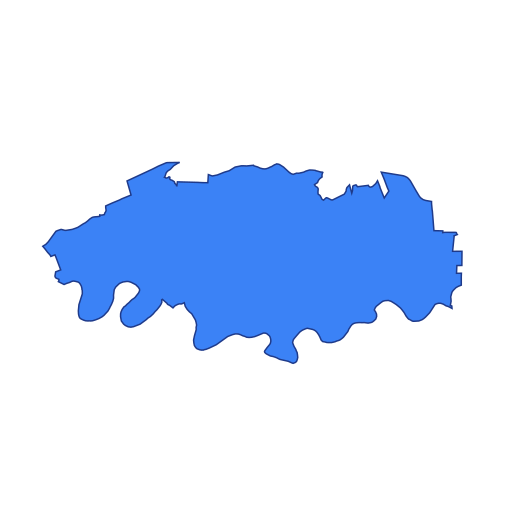 outline of Culciu, Satu Mare, Romania, rotated 159°
{"feature_id": "2599482B46211160445455", "entity_name": "Culciu", "entity_type": "district", "adm_level": 2, "iso_a3": "ROU", "parent_name": "Romania", "parent_adm1": "Satu Mare", "projection": "equal_earth", "projection_center": [23.072, 47.736], "detail": "fine", "context": "isolated", "style": "filled", "palette": "blue", "viewbox_px": 512, "rotation_deg": 159, "n_neighbors": 0, "source": "geoboundaries", "source_scale": "gbopen_adm2", "svg_char_len": 6119}
<svg xmlns="http://www.w3.org/2000/svg" viewBox="0 0 512 512"><g transform="rotate(159 256 256)"><path d="M306.6,375.2L314.9,374.9L321.8,374.2L349.5,372.3L350.8,357.7L360.6,357.5L363.4,357.2L371.5,357.0L378.4,356.6L378.7,355.7L378.9,355.3L379.6,352.3L380.6,351.1L381.9,350.2L382.7,349.0L385.2,349.4L386.6,350.0L387.1,350.4L387.4,350.0L387.6,349.0L387.9,349.0L392.4,350.3L394.2,350.7L395.3,350.7L397.9,350.1L400.7,349.0L403.4,348.2L405.9,347.9L412.1,346.6L414.8,346.6L418.0,346.7L424.2,348.0L425.2,348.4L428.1,350.5L428.6,350.7L432.7,350.9L433.5,350.7L433.9,350.8L445.0,343.6L448.0,342.2L451.6,341.5L450.6,338.7L449.2,334.0L448.2,331.5L447.8,330.3L447.7,329.1L443.3,329.1L443.2,326.6L443.3,313.0L448.7,313.0L450.8,309.5L451.0,308.7L450.9,307.8L450.5,306.9L448.4,304.9L448.4,304.7L448.7,304.1L449.0,303.5L449.7,302.9L445.4,298.2L442.4,298.3L439.7,298.1L436.8,298.3L435.3,298.0L433.9,297.2L431.5,295.5L430.7,294.5L430.3,293.4L429.9,291.0L429.9,290.1L430.2,287.9L430.5,287.1L430.5,286.2L431.7,282.9L438.7,274.1L441.5,268.5L442.5,265.4L442.8,263.4L442.8,261.8L442.4,260.6L441.5,259.5L439.8,257.8L438.3,256.6L436.4,255.7L434.1,254.9L433.9,254.7L431.7,254.1L428.7,253.9L425.1,253.9L421.5,254.4L419.2,255.1L414.1,257.6L411.6,259.6L410.4,260.8L408.4,262.5L405.9,265.1L404.1,267.6L403.0,270.6L400.4,275.4L398.1,277.3L394.6,278.8L393.2,279.3L391.3,279.4L389.4,279.4L385.5,278.5L383.9,277.7L382.1,276.3L378.5,272.3L378.0,271.0L377.3,269.7L376.9,268.2L376.6,267.0L376.9,265.8L377.6,264.8L379.0,263.5L383.7,260.7L385.5,260.1L387.2,259.8L389.2,259.0L391.0,258.1L393.9,257.1L395.7,256.2L397.6,255.8L400.1,254.1L402.0,252.2L403.1,250.6L404.2,247.9L405.0,243.6L404.0,239.9L402.9,238.0L400.7,235.7L398.3,234.4L395.6,233.9L388.6,233.9L381.3,235.9L379.1,236.8L376.2,237.4L372.7,238.8L370.1,240.3L367.8,241.3L363.7,243.7L362.1,244.9L360.5,246.5L360.1,247.7L359.8,248.9L358.9,249.1L356.0,243.6L356.0,243.1L355.9,242.8L355.5,242.1L354.3,240.9L352.1,237.3L349.9,238.4L348.6,238.7L346.2,238.9L344.8,238.8L342.5,237.9L339.7,238.1L340.1,234.4L339.4,230.8L338.2,227.8L336.7,225.1L335.5,218.1L335.7,215.5L336.2,212.8L337.5,210.8L338.2,208.7L342.1,203.5L344.4,199.9L345.2,197.0L345.6,194.5L345.1,192.1L344.3,190.5L342.0,188.5L340.4,187.6L338.6,187.0L337.9,187.1L336.2,186.8L332.8,186.8L324.9,187.4L311.2,191.0L306.0,191.0L303.3,190.7L300.6,189.6L298.8,188.2L296.9,186.2L295.3,185.0L293.8,183.5L291.6,182.4L289.2,181.7L286.0,181.2L283.3,181.2L276.7,181.4L275.0,180.7L273.8,179.7L272.1,176.7L271.9,175.4L272.0,173.9L272.2,172.6L272.7,171.1L273.9,169.3L275.1,168.4L278.5,166.5L281.6,164.5L282.3,163.8L282.4,162.9L281.9,161.7L281.3,160.8L278.5,157.6L276.0,156.0L274.3,154.6L272.9,153.3L271.8,152.0L270.6,150.8L263.7,146.2L260.8,143.3L259.8,142.5L257.5,142.5L256.0,143.0L254.7,144.4L253.4,146.3L252.7,148.8L252.2,151.1L252.4,153.4L252.3,154.4L252.9,158.0L252.9,161.9L252.1,163.2L251.1,164.5L249.7,165.4L246.4,167.2L242.4,169.3L240.0,170.0L238.4,170.2L235.4,170.3L233.9,170.1L229.5,167.2L228.3,166.1L227.3,164.8L226.4,162.8L225.7,159.9L225.4,157.2L225.3,154.1L224.4,152.2L222.4,151.0L220.8,149.8L218.6,148.9L216.5,148.1L212.9,147.6L211.3,147.7L208.9,147.5L207.4,147.6L205.0,148.3L203.4,148.9L197.3,152.6L195.6,154.4L192.4,156.8L190.6,157.7L188.6,158.0L186.7,157.8L183.6,156.9L180.2,155.5L178.9,155.1L175.4,153.2L172.8,152.7L171.5,152.6L169.7,153.0L166.8,154.2L165.0,156.4L164.3,158.6L164.4,161.1L164.9,163.2L163.5,164.7L161.8,165.9L156.2,167.7L153.8,168.3L151.7,168.1L148.4,167.1L146.1,165.3L143.9,162.4L142.5,160.5L139.8,155.8L138.9,153.2L138.0,150.1L137.4,146.1L136.5,143.2L136.0,142.2L134.9,141.2L133.9,139.8L132.8,138.8L130.8,138.1L127.3,137.0L123.9,137.0L122.0,137.4L119.7,138.2L114.4,140.7L113.2,141.5L106.2,146.6L104.2,146.7L102.3,146.4L100.4,145.6L98.3,143.8L96.4,141.3L95.0,140.3L93.7,139.0L91.8,136.8L91.1,139.2L92.3,140.2L90.1,143.8L89.3,146.3L88.9,148.0L86.1,151.9L84.6,153.0L83.4,153.6L80.6,154.8L77.9,155.2L74.8,155.2L71.7,163.3L70.4,166.3L75.0,168.0L71.9,175.1L67.2,173.4L62.0,186.6L70.8,189.9L64.0,203.3L63.9,203.9L60.4,203.9L60.6,204.5L60.6,205.8L60.7,206.2L60.9,206.4L71.4,210.5L73.3,210.9L72.9,211.6L72.6,212.5L80.8,215.9L75.2,234.9L75.1,235.7L73.5,241.4L72.7,243.8L72.6,244.0L77.6,247.0L78.4,247.6L79.9,248.9L81.5,251.4L82.1,253.2L83.3,260.0L84.9,270.5L85.4,272.3L86.2,274.3L86.9,275.4L88.5,277.1L90.0,278.3L109.0,289.4L108.9,285.5L108.8,281.9L108.9,272.8L108.7,269.0L115.5,264.2L115.7,275.4L115.5,276.4L115.6,282.7L117.9,280.9L118.9,280.4L122.4,279.1L124.3,279.2L124.9,279.5L125.6,280.5L125.8,281.1L125.8,281.7L136.4,284.3L136.6,284.5L136.8,286.0L137.0,286.4L137.3,286.6L139.9,286.8L140.4,286.6L140.8,286.2L142.5,282.4L144.1,280.3L143.2,288.9L146.6,287.3L147.8,285.9L148.6,284.3L151.4,282.1L164.3,280.9L165.2,281.2L165.8,281.6L168.4,284.5L169.4,285.2L169.7,285.2L171.6,284.5L172.9,283.9L173.9,285.1L174.1,285.6L174.2,287.2L174.5,289.4L174.8,290.0L175.7,291.3L175.8,291.7L175.2,293.6L173.9,296.3L173.9,296.8L174.0,297.8L174.3,298.4L175.4,299.7L175.7,300.6L175.8,301.7L172.2,302.5L171.5,303.4L170.4,304.4L168.6,305.4L166.0,306.1L165.5,307.7L164.8,308.9L163.7,310.1L163.8,310.2L164.0,310.5L165.5,311.2L168.7,313.6L169.4,314.0L170.0,314.7L172.8,316.1L175.2,317.1L178.8,317.4L181.5,317.2L186.3,317.9L188.5,318.8L192.0,318.9L193.5,320.1L194.1,320.8L194.7,321.9L194.9,321.9L198.4,329.1L201.2,332.9L202.0,333.6L203.7,334.6L204.2,334.5L206.2,334.5L209.3,333.9L211.1,333.9L213.0,333.7L215.1,333.8L216.5,334.1L218.4,335.0L220.7,336.6L222.5,338.5L225.6,340.9L225.8,341.2L225.8,341.6L232.4,343.4L235.4,344.7L237.6,345.5L242.9,346.4L243.7,346.5L250.5,345.2L255.5,345.6L263.0,345.5L267.9,346.3L268.9,347.0L271.3,349.1L274.7,341.7L279.5,343.6L284.0,345.6L302.8,353.4L304.7,349.9L305.0,350.1L304.9,350.9L305.2,351.8L305.8,352.9L305.8,353.3L305.6,353.9L305.7,354.7L307.0,356.5L307.4,357.0L308.2,357.5L308.8,358.3L308.7,359.6L308.3,360.1L308.2,360.3L308.3,360.7L309.0,361.1L309.3,361.1L310.0,360.7L311.9,360.9L312.2,361.1L312.5,361.7L313.3,362.3L312.2,363.2L310.3,365.6L309.0,366.5L308.6,366.6L307.9,367.0L305.0,367.6L302.1,369.0L300.4,369.8L296.0,370.6L293.7,370.7L305.4,375.0L306.6,375.2Z" fill="#3b82f6" stroke="#1e3a8a" stroke-width="1.5"/></g></svg>